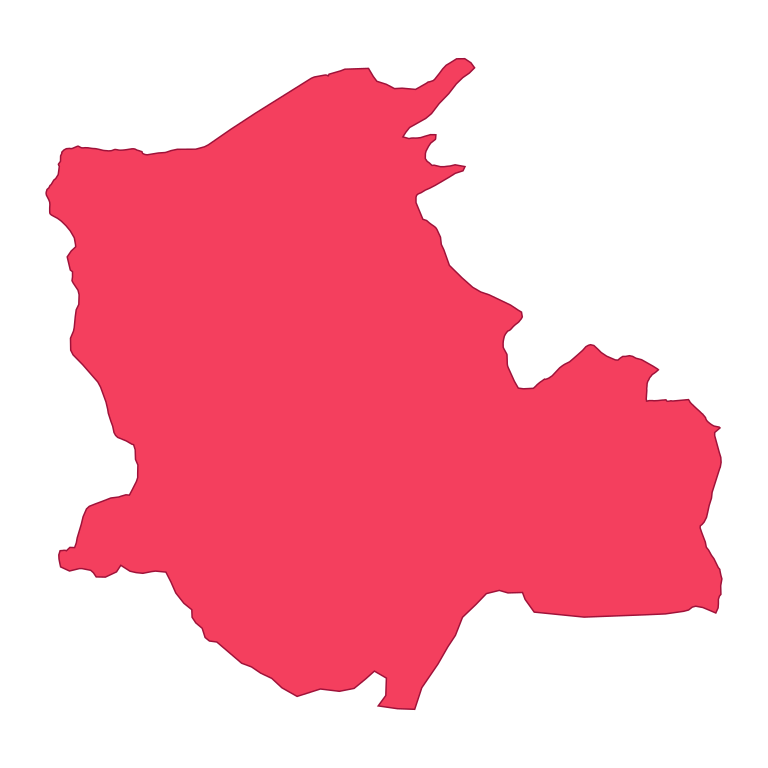 Techiman North, Brong Ahafo, Ghana
{"feature_id": "2480657B75157144819377", "entity_name": "Techiman North", "entity_type": "district", "adm_level": 2, "iso_a3": "GHA", "parent_name": "Ghana", "parent_adm1": "Brong Ahafo", "projection": "robinson", "projection_center": [-1.962, 7.702], "detail": "fine", "context": "isolated", "style": "filled", "palette": "rose", "viewbox_px": 768, "rotation_deg": 0, "n_neighbors": 0, "source": "geoboundaries", "source_scale": "gbopen_adm2", "svg_char_len": 5995}
<svg xmlns="http://www.w3.org/2000/svg" viewBox="0 0 768 768"><path d="M59.6,562.2L60.6,566.9L69.5,571.0L79.3,568.6L82.1,568.6L90.7,570.3L93.4,572.7L96.2,576.9L105.4,577.1L116.5,571.9L120.8,565.3L130.0,571.2L136.1,572.6L142.9,573.3L151.6,571.6L155.5,571.1L165.9,572.1L170.9,581.9L175.8,593.0L183.9,603.3L191.8,609.7L192.1,617.3L195.8,622.9L202.2,628.3L205.1,637.5L209.4,641.0L216.8,642.0L241.6,663.2L251.5,666.9L260.8,673.2L271.8,678.4L281.9,687.8L297.1,696.4L320.4,689.0L339.4,691.3L354.1,688.4L365.8,678.8L374.4,671.1L386.4,678.1L385.8,695.5L378.2,705.9L397.5,708.7L414.7,709.3L421.8,687.7L438.0,664.0L447.8,646.9L455.4,635.4L462.5,617.3L476.0,604.4L486.4,593.6L499.3,590.4L507.9,592.9L522.5,592.5L525.1,599.4L534.2,612.1L584.1,617.1L644.8,614.8L665.4,613.9L683.7,611.3L688.6,610.0L692.3,607.1L695.7,606.2L702.8,607.5L708.8,610.0L715.8,613.0L718.1,607.9L718.4,603.9L718.4,599.3L719.5,596.0L720.9,594.4L720.9,594.1L720.7,585.7L721.9,578.9L720.9,575.3L719.8,569.9L719.8,569.4L718.3,567.6L714.0,558.8L711.4,555.2L708.6,550.1L706.3,547.2L705.3,542.0L701.8,532.8L700.1,527.9L700.3,525.8L702.1,524.4L704.1,522.1L706.5,517.4L707.6,512.7L709.2,505.4L711.5,498.1L712.1,492.4L719.8,468.2L720.3,467.1L721.1,462.4L720.8,457.4L719.3,452.5L714.7,435.7L714.7,432.5L720.0,427.9L719.2,427.1L714.2,426.1L712.8,425.4L711.3,424.5L709.8,423.4L708.0,421.9L706.7,420.5L705.9,419.0L705.5,417.6L704.7,416.6L703.8,415.5L703.4,415.1L702.6,414.0L702.0,413.7L699.6,411.3L696.7,408.7L695.0,407.1L693.6,405.8L693.4,405.5L692.1,404.4L690.0,402.2L689.7,401.4L688.5,399.6L673.1,401.0L672.5,401.0L671.0,400.8L670.2,400.9L669.4,401.1L667.7,401.3L667.0,401.1L666.5,400.7L666.2,400.0L665.2,399.8L664.3,400.0L662.2,400.1L657.7,400.6L655.7,400.7L654.0,400.8L652.5,400.6L649.2,400.6L647.3,401.1L646.6,401.1L646.6,400.2L646.3,399.8L646.2,399.2L646.4,396.6L646.5,394.7L646.7,392.1L646.8,390.5L646.7,388.2L646.8,387.5L646.9,386.9L647.0,385.7L647.1,383.7L647.6,381.9L647.9,381.1L648.3,380.5L648.9,379.5L649.5,378.0L650.5,376.7L651.0,376.2L651.8,375.1L652.1,374.7L653.5,373.7L654.3,373.2L655.2,372.5L655.9,372.0L658.4,369.8L657.7,369.1L653.1,366.2L641.6,359.7L635.9,358.2L632.7,356.4L629.5,355.7L625.6,356.4L622.8,356.4L620.2,358.1L617.9,360.1L615.3,359.9L606.7,356.2L601.2,352.5L598.1,349.4L593.9,345.5L590.5,344.7L588.4,345.3L585.9,346.7L582.6,350.4L577.7,354.8L573.1,358.8L569.6,361.8L564.6,364.3L562.3,365.8L559.7,367.8L552.2,375.8L548.8,378.1L547.4,378.7L546.3,379.1L545.5,379.3L544.9,379.3L544.6,379.1L543.8,379.6L542.2,380.8L540.4,382.0L539.6,382.6L538.4,383.6L537.7,384.2L536.9,384.9L535.8,386.1L533.4,388.3L523.5,388.8L518.3,388.1L514.4,381.3L508.3,367.8L508.1,367.2L507.7,366.4L507.4,364.8L507.3,364.1L507.0,354.7L506.8,354.1L504.0,349.0L503.2,347.3L503.1,343.4L503.3,341.1L503.7,339.0L504.4,336.1L505.5,334.0L506.9,332.1L507.9,331.0L509.6,330.3L510.9,329.2L513.4,326.4L515.5,324.5L517.5,323.0L518.8,321.9L519.9,320.5L521.3,318.8L522.3,316.9L521.5,312.1L517.8,309.9L510.6,305.1L489.3,294.9L480.8,292.0L472.7,287.3L462.0,277.8L449.4,265.4L443.9,249.9L441.3,244.4L440.8,240.0L440.5,237.2L437.0,229.6L436.0,228.0L435.0,227.0L433.4,225.8L431.6,224.6L429.3,222.9L426.6,220.5L422.9,219.3L416.0,202.6L416.0,197.3L416.6,195.3L418.2,193.9L421.1,192.7L425.3,190.1L429.7,188.2L435.1,185.4L449.1,177.2L455.3,173.3L463.0,170.8L463.4,170.0L465.0,166.6L455.1,164.8L450.1,166.0L447.0,166.3L444.1,166.7L440.5,166.7L434.2,165.2L432.0,165.4L429.3,162.9L427.1,161.3L425.3,158.6L425.4,153.6L426.0,151.2L428.5,146.4L430.7,143.1L435.4,139.4L435.6,138.7L435.9,134.8L434.7,134.7L431.6,134.7L430.6,134.6L428.7,135.2L425.1,136.2L420.7,137.6L417.5,138.0L415.2,138.1L413.4,138.0L411.3,138.1L408.9,138.6L407.6,138.2L402.9,136.9L405.8,132.3L409.6,127.5L425.9,118.3L431.5,113.6L439.2,103.5L448.8,93.6L456.3,83.9L462.8,77.6L469.3,73.1L474.6,67.8L473.5,66.3L470.8,62.6L470.2,62.3L464.8,58.7L456.6,58.8L449.4,63.3L446.2,65.2L442.7,68.9L439.6,73.1L434.7,79.3L433.2,80.6L429.6,81.8L428.1,82.0L426.5,83.2L415.6,89.4L402.2,88.2L394.5,88.6L386.3,84.3L376.9,81.3L373.3,76.5L368.5,68.4L344.8,69.2L340.8,70.8L329.0,74.2L328.6,75.3L328.1,75.9L326.9,75.2L325.5,75.0L324.0,75.2L314.3,77.0L311.4,78.2L255.9,112.9L230.8,129.3L208.4,144.8L204.5,146.8L195.7,149.2L177.2,149.3L171.1,150.6L167.0,152.0L165.2,152.5L158.3,153.0L147.2,154.8L145.0,154.5L143.5,153.9L142.8,153.5L142.3,152.9L142.1,151.9L141.8,151.6L141.5,151.5L141.0,151.4L139.1,150.7L137.0,150.1L135.1,149.1L133.7,148.8L133.0,148.8L132.1,148.8L126.9,149.6L124.7,149.9L122.6,150.1L120.5,150.2L118.9,150.1L116.9,149.7L115.6,149.5L114.8,149.5L114.1,149.7L112.8,150.2L111.7,150.6L110.3,150.8L108.2,150.9L106.9,150.7L105.1,150.6L103.3,150.4L98.8,149.3L95.8,148.7L94.8,148.6L92.9,148.5L91.2,148.3L88.0,147.8L85.1,147.7L83.1,147.9L81.6,147.8L80.6,147.4L79.3,146.7L78.3,146.2L77.7,146.2L77.1,146.4L73.8,147.8L72.4,148.4L71.3,148.6L70.9,148.6L69.5,148.4L66.3,148.7L63.9,150.0L61.8,152.2L61.8,153.4L60.6,155.9L60.5,161.3L58.4,164.2L58.7,165.2L59.3,166.3L58.5,172.5L58.2,174.6L55.7,178.6L53.8,180.1L51.2,184.5L50.0,185.5L48.9,187.8L47.0,189.5L46.2,192.2L46.1,193.4L46.4,195.1L48.6,199.4L49.2,200.8L49.7,202.3L49.9,204.7L49.7,207.9L49.7,211.3L49.8,213.0L50.2,213.9L51.4,215.0L54.3,216.6L57.5,218.3L59.7,219.9L61.4,221.2L66.0,225.7L70.2,230.8L74.3,237.8L75.5,244.5L75.7,246.8L71.2,251.0L67.2,256.9L70.3,270.0L72.5,271.7L72.5,276.9L72.0,280.7L73.3,283.2L78.0,290.2L79.1,294.7L78.8,304.4L76.2,309.8L75.3,316.4L74.2,327.7L73.5,331.1L70.5,338.2L70.7,350.2L73.1,354.9L82.7,364.7L97.8,382.0L100.6,387.2L106.0,402.0L107.7,409.3L108.3,413.2L110.9,421.3L112.7,426.2L114.0,432.5L115.6,435.4L117.7,437.4L126.2,440.9L131.7,444.1L133.6,444.7L135.2,449.7L135.5,459.4L137.9,465.0L137.7,473.6L137.7,477.6L136.4,481.5L132.2,489.8L129.4,495.1L125.9,494.8L121.0,496.2L118.8,497.0L110.8,498.0L102.1,501.4L95.6,503.8L89.3,506.3L86.5,508.9L83.1,516.7L81.3,524.2L77.2,537.9L76.3,542.9L74.6,547.6L69.9,547.4L66.4,550.8L65.5,550.4L64.0,550.3L62.8,550.5L60.1,550.7L58.8,554.9L59.0,559.0L59.6,562.2Z" fill="#f43f5e" stroke="#9f1239" stroke-width="1.5"/></svg>